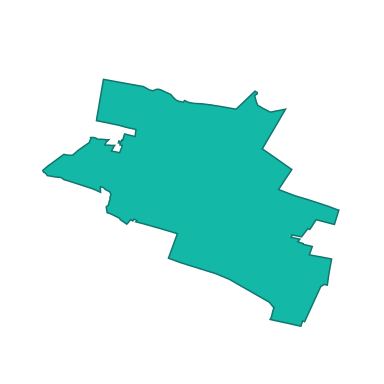 Muna, Yucatán, Mexico (Equal Earth projection), rotated 281°
{"feature_id": "50627088B11927657665908", "entity_name": "Muna", "entity_type": "district", "adm_level": 2, "iso_a3": "MEX", "parent_name": "Mexico", "parent_adm1": "Yucatán", "projection": "equal_earth", "projection_center": [-89.733, 20.466], "detail": "fine", "context": "isolated", "style": "filled", "palette": "teal", "viewbox_px": 384, "rotation_deg": 281, "n_neighbors": 0, "source": "geoboundaries", "source_scale": "gbopen_adm2", "svg_char_len": 3277}
<svg xmlns="http://www.w3.org/2000/svg" viewBox="0 0 384 384"><g transform="rotate(281 192 192)"><path d="M204.0,328.4L204.0,328.2L206.5,308.3L207.9,294.2L210.9,276.5L212.6,277.2L221.7,280.9L233.1,285.7L247.8,252.8L278.0,263.4L291.1,268.0L285.4,253.8L285.7,252.4L287.5,246.2L289.7,239.9L293.5,237.6L298.6,235.1L300.0,236.5L300.8,237.3L302.0,237.1L302.7,235.5L302.9,235.0L303.0,234.6L281.7,219.5L281.7,219.3L281.7,219.2L281.4,202.8L281.4,202.3L281.1,196.1L281.3,195.4L281.1,194.4L280.5,185.0L279.4,177.5L279.3,172.6L279.5,170.6L280.4,167.2L278.4,166.3L278.6,163.7L278.5,162.4L278.9,160.2L279.1,159.1L280.1,157.4L281.3,155.6L283.6,152.7L284.0,151.6L285.3,145.7L285.8,144.0L286.2,142.6L286.3,141.7L286.5,140.0L286.2,138.0L285.6,136.9L283.9,134.3L284.0,132.8L284.0,132.3L284.0,131.3L284.0,131.0L286.3,124.0L286.2,123.9L285.9,101.7L285.7,83.6L271.1,83.9L261.1,84.1L259.4,84.2L248.3,84.4L243.8,84.6L243.6,105.3L243.5,108.3L243.0,114.1L242.9,116.7L242.8,118.4L242.8,119.6L242.8,120.2L242.8,121.3L242.7,122.8L242.7,123.9L242.6,125.0L235.6,125.6L236.1,114.8L236.1,114.7L233.1,114.4L231.3,114.3L229.7,114.2L229.8,113.2L228.0,113.1L228.1,110.5L226.2,110.3L226.1,112.5L224.4,112.3L224.4,114.7L222.6,114.5L222.4,114.5L222.2,114.5L220.4,114.1L216.7,113.4L216.9,108.6L216.7,105.1L221.7,106.7L221.8,106.7L222.1,106.8L223.0,107.2L222.3,103.8L222.2,101.4L222.0,100.3L221.3,97.7L221.8,97.6L222.5,97.7L225.1,98.4L226.2,99.6L227.4,100.3L227.1,99.3L227.0,98.7L226.8,95.8L226.5,92.9L225.7,89.5L226.3,88.5L226.7,86.1L226.7,84.5L226.5,83.7L226.1,82.1L225.4,82.7L224.5,82.3L221.8,81.9L221.0,81.7L220.6,81.4L220.2,81.1L220.0,80.8L219.9,80.8L219.9,80.7L211.5,72.6L205.4,67.8L205.3,67.4L205.1,66.7L204.6,63.7L204.5,63.3L204.4,60.7L204.6,59.2L203.8,58.4L191.0,46.5L189.4,45.1L184.7,41.4L183.4,42.3L183.1,42.6L182.8,44.1L182.2,44.9L181.9,45.5L180.5,46.8L180.7,55.2L181.0,58.4L181.2,60.2L180.8,61.8L180.5,62.3L180.1,62.9L179.8,63.7L179.6,64.9L179.5,66.8L178.3,76.7L176.3,93.0L175.5,97.1L174.2,102.3L179.7,101.0L179.5,104.0L178.5,105.9L177.9,106.3L176.5,111.2L174.2,112.9L170.9,112.5L168.8,113.0L167.7,112.6L166.7,112.6L163.2,112.4L161.0,110.6L155.4,112.7L155.3,115.2L152.5,125.7L151.1,126.9L150.0,129.4L148.0,134.1L149.2,134.9L153.3,137.2L152.2,139.4L154.4,140.3L153.4,143.3L152.0,142.5L151.7,147.6L151.5,150.8L150.0,168.4L150.0,168.5L148.3,185.6L122.5,181.5L120.4,194.6L120.3,195.9L120.2,196.2L120.2,196.6L120.0,198.6L119.8,200.0L119.6,201.6L119.4,203.3L119.2,205.9L119.0,207.4L118.8,209.4L118.6,211.4L118.3,213.5L118.2,214.3L118.1,215.1L118.0,216.4L117.8,218.6L117.6,219.9L117.4,221.7L117.3,222.6L117.2,223.6L117.0,225.2L116.8,227.7L116.5,229.8L116.4,230.6L116.2,231.7L115.7,234.4L115.5,235.4L115.3,236.1L114.8,238.8L114.4,240.5L114.0,242.6L113.7,243.9L113.6,244.7L98.6,288.8L95.4,292.8L95.1,292.9L94.8,294.0L94.0,294.7L93.8,294.6L93.6,294.2L91.5,294.4L91.2,294.1L84.4,293.8L81.8,293.0L81.0,324.5L86.5,325.2L86.2,327.3L115.0,334.3L123.7,336.4L126.4,339.2L126.4,342.6L134.2,342.2L137.0,342.0L152.9,341.8L152.7,319.2L161.4,320.5L161.9,311.1L162.6,311.0L162.9,308.2L163.2,305.4L166.3,306.9L166.4,298.1L167.7,298.3L168.9,298.4L168.9,308.1L178.1,312.7L177.7,314.5L177.7,314.8L186.6,318.4L188.5,319.2L187.3,338.0L202.3,339.6L202.4,337.5L204.0,328.4Z" fill="#14b8a6" stroke="#0f766e" stroke-width="1.5"/></g></svg>